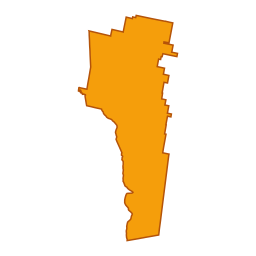 outline of Choya, Santiago del Estero, Argentina
{"feature_id": "61730980B98686515489678", "entity_name": "Choya", "entity_type": "district", "adm_level": 2, "iso_a3": "ARG", "parent_name": "Argentina", "parent_adm1": "Santiago del Estero", "projection": "robinson", "projection_center": [-64.902, -28.858], "detail": "fine", "context": "isolated", "style": "filled", "palette": "amber", "viewbox_px": 256, "rotation_deg": 0, "n_neighbors": 0, "source": "geoboundaries", "source_scale": "gbopen_adm2", "svg_char_len": 4854}
<svg xmlns="http://www.w3.org/2000/svg" viewBox="0 0 256 256"><path d="M154.5,19.2L151.5,18.6L136.2,15.4L135.7,17.6L132.7,16.9L132.4,18.6L128.2,17.6L126.2,17.1L123.2,31.9L123.2,32.0L112.0,29.4L110.6,35.9L110.6,36.0L90.3,31.2L89.0,30.9L89.1,31.2L89.2,33.6L89.2,34.9L89.5,40.4L89.6,43.8L89.6,44.0L89.7,46.1L89.7,46.3L89.9,49.1L90.0,51.4L90.0,51.5L90.1,54.8L90.7,67.1L88.9,77.7L88.0,82.6L87.8,83.7L86.9,89.2L80.2,87.8L79.1,87.5L78.9,87.6L78.5,90.3L78.6,90.5L78.7,90.9L78.6,91.0L78.9,91.2L79.1,91.3L79.3,91.2L79.5,91.2L79.8,91.1L79.9,90.9L79.9,90.7L79.9,90.2L80.0,90.2L80.3,90.1L80.6,90.2L80.7,90.4L80.8,90.6L80.8,90.9L80.8,91.0L80.9,91.3L81.0,91.4L81.0,91.6L80.9,91.7L80.9,91.8L80.7,91.8L80.4,92.0L80.4,92.4L80.5,92.6L80.7,92.8L80.8,92.8L81.1,92.8L81.2,92.7L81.3,92.6L81.5,92.5L81.8,92.7L81.8,92.9L81.9,93.1L82.0,93.3L82.0,93.5L82.4,93.7L82.5,93.7L82.8,93.8L82.9,94.1L82.8,94.3L83.0,94.3L83.2,94.2L83.4,94.2L83.6,94.2L83.8,94.2L83.9,94.3L84.0,94.3L84.3,94.3L84.5,94.4L84.6,94.6L84.8,94.7L85.1,94.7L85.3,94.7L85.4,94.8L85.5,95.0L85.4,95.1L85.3,95.3L85.2,95.5L85.1,95.9L85.1,96.0L85.1,96.6L86.5,104.9L86.7,105.7L91.2,106.7L94.8,107.6L99.8,108.7L101.5,109.1L101.5,109.3L102.2,110.8L103.2,112.0L103.5,113.3L103.6,113.5L104.2,114.4L104.3,114.5L105.1,115.3L105.3,115.4L105.4,115.5L105.6,115.6L106.7,117.2L107.1,117.5L108.0,118.1L108.5,118.4L108.9,118.5L109.2,118.6L109.8,118.8L110.2,118.9L110.6,119.1L111.0,119.3L111.4,119.4L111.8,119.7L111.9,119.8L112.1,120.2L112.4,120.6L112.5,120.7L112.8,121.0L113.4,121.4L113.6,121.6L113.9,121.7L114.2,122.1L115.4,123.5L116.7,125.1L116.9,125.4L116.9,125.5L117.0,125.8L117.0,126.2L117.0,126.4L117.1,126.9L117.2,127.1L117.1,127.4L116.7,128.4L116.1,129.9L115.6,131.6L115.5,132.1L115.5,132.3L115.5,132.5L115.6,133.0L115.7,133.3L116.1,134.6L116.2,135.2L116.5,135.9L116.5,136.1L116.7,136.6L116.8,136.9L116.7,137.2L116.5,137.8L116.2,138.7L116.2,139.2L116.1,139.3L116.2,139.6L116.8,141.2L117.1,141.9L120.9,150.4L121.4,151.6L121.9,152.9L121.5,153.8L121.5,155.2L122.4,155.8L122.5,156.7L122.6,156.8L122.2,157.4L122.1,157.9L122.1,158.4L122.0,159.4L121.9,159.7L123.2,161.4L123.2,161.8L123.2,164.7L123.1,165.1L123.0,165.6L123.0,165.9L123.1,166.3L122.9,166.9L123.0,167.2L123.0,167.4L123.2,167.8L123.0,168.2L123.1,168.8L123.2,169.3L123.3,169.6L123.4,170.2L123.2,170.8L123.2,171.5L123.0,172.2L123.0,172.9L122.9,173.7L123.1,174.2L123.4,174.7L123.4,174.9L123.4,175.5L123.4,176.1L123.2,177.0L123.1,177.8L123.0,178.3L123.1,178.9L123.1,179.3L123.2,180.1L123.1,180.6L123.1,181.4L123.3,181.6L123.6,182.2L123.8,182.6L123.9,183.0L124.0,183.2L124.2,183.6L124.3,183.8L124.4,184.1L124.4,184.3L124.5,184.4L124.5,184.6L124.7,185.0L124.8,185.4L125.1,185.9L125.1,186.0L125.4,186.3L125.6,186.4L125.7,186.5L126.4,186.9L127.0,187.3L127.2,187.7L127.2,187.8L127.8,188.5L128.2,188.9L128.6,189.2L128.7,189.3L129.2,189.7L130.0,190.2L130.4,190.5L131.4,191.0L131.9,191.3L132.2,191.5L132.4,191.7L132.6,191.9L132.9,192.1L133.0,192.4L132.6,192.8L132.0,193.0L131.7,193.2L131.3,193.2L131.1,193.2L130.7,193.2L130.2,193.2L129.5,193.3L128.7,193.3L128.0,193.3L127.6,193.4L127.3,193.4L127.1,193.4L126.9,193.6L126.7,193.8L126.4,194.1L125.8,195.6L125.5,196.6L125.3,197.2L124.8,199.5L124.7,200.0L124.7,200.6L124.7,200.9L124.7,201.0L124.7,201.7L124.7,202.7L124.7,202.8L124.8,203.0L125.0,203.5L125.3,204.2L125.7,205.0L126.3,205.6L126.5,206.0L126.9,206.4L127.3,206.8L127.5,207.1L127.8,207.4L128.2,207.9L128.4,208.2L128.4,208.8L128.4,209.2L128.4,209.3L128.5,209.7L128.6,210.0L129.0,210.4L129.4,210.8L129.8,211.1L130.0,211.3L130.2,211.5L130.8,211.9L130.9,212.1L131.2,212.5L131.3,212.6L131.5,212.7L131.8,213.1L132.0,213.3L132.1,213.5L132.2,213.8L132.3,214.1L132.2,214.3L131.7,215.6L131.4,216.1L131.3,216.6L131.3,216.8L131.2,217.2L131.0,218.1L130.9,218.7L130.7,219.1L130.5,219.4L130.2,219.8L129.6,220.3L129.2,220.7L128.2,221.5L127.6,222.2L127.5,222.9L127.3,223.2L127.2,223.9L127.0,224.8L126.9,225.4L126.7,226.4L126.8,227.0L126.8,227.6L126.8,228.5L126.7,229.3L126.4,230.1L126.3,230.9L126.3,232.0L126.4,232.5L126.5,233.3L126.4,234.3L126.4,235.0L126.4,235.6L126.5,236.3L126.5,236.9L126.6,237.6L126.8,238.1L126.9,238.6L127.2,239.2L127.2,239.5L127.1,240.2L127.1,240.6L138.7,238.6L141.2,238.1L143.1,237.8L145.6,237.3L149.2,236.7L158.7,235.0L159.0,232.5L159.4,228.8L160.3,222.2L161.7,211.0L162.7,203.0L165.0,184.9L165.9,177.9L168.7,155.7L169.0,154.1L162.7,152.8L163.7,146.7L166.0,134.2L164.6,133.9L165.2,130.6L166.2,124.8L165.9,124.7L167.5,116.2L170.9,116.9L171.4,114.0L167.4,113.2L168.8,105.8L164.9,105.0L165.9,99.8L161.7,98.9L162.6,93.1L162.1,93.0L164.0,82.3L167.5,83.0L168.9,75.5L163.4,74.2L164.5,68.2L157.2,66.6L158.6,59.1L160.6,59.5L161.2,56.6L162.1,56.7L162.9,53.7L170.9,55.4L176.9,56.6L177.2,55.0L177.5,53.4L171.7,52.2L171.9,51.5L173.1,45.1L163.8,43.2L164.0,41.9L169.0,42.8L172.8,22.9L169.5,22.2L165.3,21.2L165.2,21.3L154.5,19.2Z" fill="#f59e0b" stroke="#b45309" stroke-width="1.5"/></svg>